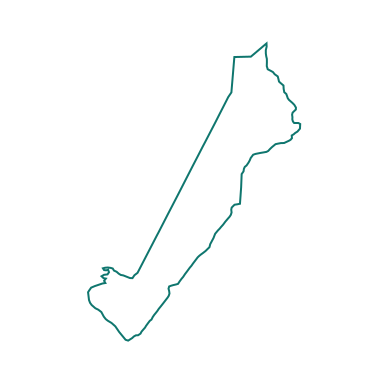 São Bento, Maranhão, Brazil, rotated 324°
{"feature_id": "56859067B97105497682908", "entity_name": "São Bento", "entity_type": "district", "adm_level": 2, "iso_a3": "BRA", "parent_name": "Brazil", "parent_adm1": "Maranhão", "projection": "orthographic", "projection_center": [-45.016, -2.785], "detail": "fine", "context": "isolated", "style": "outline", "palette": "teal", "viewbox_px": 384, "rotation_deg": 324, "n_neighbors": 0, "source": "geoboundaries", "source_scale": "gbopen_adm2", "svg_char_len": 2409}
<svg xmlns="http://www.w3.org/2000/svg" viewBox="0 0 384 384"><g transform="rotate(324 192 192)"><path d="M339.6,115.6L319.2,117.1L305.6,107.7L282.4,134.6L277.1,136.5L274.0,138.1L268.7,140.8L261.0,144.7L251.6,149.5L232.2,159.2L227.3,161.6L218.2,166.2L207.6,171.5L178.0,186.5L159.4,195.8L141.0,205.1L138.5,206.3L100.4,225.4L96.5,225.5L93.2,226.7L91.2,225.1L87.4,219.1L85.6,217.2L84.7,214.9L84.1,212.2L82.7,209.7L82.9,207.3L81.6,205.6L79.5,203.6L77.2,202.2L75.1,201.4L75.0,203.5L76.5,204.9L78.4,205.6L77.7,208.1L75.2,209.0L72.2,207.3L69.3,207.0L69.8,209.7L71.4,211.4L68.7,212.2L68.4,214.7L65.8,213.4L58.1,211.0L54.2,210.1L51.0,211.2L49.0,212.0L45.2,218.8L44.4,221.7L44.4,224.5L45.5,229.3L47.0,232.1L48.1,235.8L47.4,241.0L47.5,244.1L48.2,246.6L49.9,250.6L51.0,255.6L50.8,262.4L51.4,272.5L53.0,274.7L57.7,275.0L60.1,274.7L62.4,275.0L64.2,276.2L67.1,276.3L69.1,275.3L71.6,274.7L74.3,274.1L76.1,273.3L79.2,272.3L82.2,271.4L84.2,271.4L86.7,270.1L89.2,269.2L91.5,268.6L94.0,267.9L96.4,267.0L98.7,266.4L103.0,265.2L108.1,263.7L110.2,263.1L112.2,262.3L114.1,260.9L115.3,258.7L116.2,256.4L118.0,255.0L119.9,255.5L122.1,256.3L124.7,257.4L126.7,258.1L129.3,257.1L132.4,256.1L134.9,255.5L138.1,254.3L141.1,253.4L143.6,252.6L145.8,251.9L148.0,251.4L150.9,250.4L154.9,249.2L158.2,248.2L160.4,247.9L162.4,247.8L165.2,247.8L168.3,247.7L170.9,247.3L173.7,246.9L176.1,244.9L180.0,243.0L182.3,241.9L184.3,240.6L186.2,239.4L190.5,238.3L192.9,237.9L194.8,237.4L198.0,236.7L201.5,235.6L205.2,234.7L207.9,234.1L210.0,233.3L212.0,231.8L213.4,229.3L215.0,227.9L218.9,227.3L221.9,228.8L223.9,229.7L234.5,217.1L242.7,206.7L245.8,205.6L247.7,203.7L249.5,202.7L251.7,202.6L255.1,201.4L257.4,200.3L259.5,199.0L263.4,197.8L265.7,198.5L270.3,200.6L272.9,201.9L275.8,203.3L277.8,203.6L280.1,203.1L283.0,202.7L287.7,202.4L290.4,203.6L292.7,204.7L295.3,206.5L300.4,207.5L302.4,207.7L304.5,207.2L305.9,204.9L308.1,205.1L310.2,204.9L312.8,205.1L316.6,204.2L319.5,200.6L318.6,198.7L315.2,196.2L315.1,194.3L315.8,192.3L317.3,190.4L318.4,188.3L320.1,186.9L324.5,186.3L325.7,184.8L326.0,181.6L325.6,178.9L325.1,176.7L324.6,174.4L324.6,172.4L325.2,170.5L325.9,168.1L325.3,165.5L326.8,162.4L328.6,159.6L327.7,155.9L327.3,153.8L328.3,151.5L329.3,148.9L328.1,145.3L328.0,142.6L327.1,140.6L325.4,137.2L326.5,134.1L328.9,131.0L330.8,128.3L331.8,125.9L333.1,123.4L335.1,120.6L337.8,118.3L339.6,115.6Z" fill="none" stroke="#0f766e" stroke-width="2"/></g></svg>